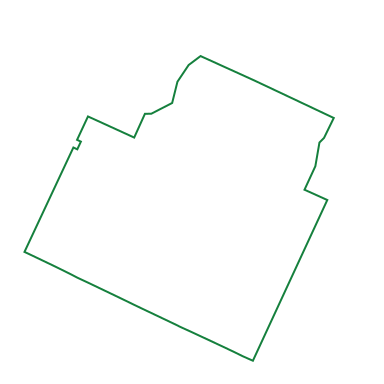 outline of Claiborne, Louisiana, United States of America, rotated 205°
{"feature_id": "52423323B9246238437830", "entity_name": "Claiborne", "entity_type": "district", "adm_level": 2, "iso_a3": "USA", "parent_name": "United States of America", "parent_adm1": "Louisiana", "projection": "robinson", "projection_center": [-92.955, 32.801], "detail": "fine", "context": "isolated", "style": "outline", "palette": "green", "viewbox_px": 384, "rotation_deg": 205, "n_neighbors": 0, "source": "geoboundaries", "source_scale": "gbopen_adm2", "svg_char_len": 651}
<svg xmlns="http://www.w3.org/2000/svg" viewBox="0 0 384 384"><g transform="rotate(205 192 192)"><path d="M188.5,65.2L148.2,64.9L147.0,64.8L142.9,64.8L133.3,64.9L133.0,64.9L124.0,64.9L107.0,64.9L85.8,64.8L76.8,64.6L65.5,64.8L66.0,241.9L91.0,241.6L91.1,267.5L97.4,290.7L95.2,296.8L94.8,319.0L181.6,319.4L213.2,319.1L241.7,318.8L248.7,305.7L251.8,285.8L247.6,264.3L255.9,253.6L262.0,245.7L267.7,243.0L267.4,216.9L318.2,216.5L318.2,190.7L314.0,190.7L314.0,182.2L318.3,182.2L318.5,66.9L318.4,66.9L314.3,66.9L283.1,66.6L266.3,66.2L259.7,65.9L254.8,65.9L248.2,65.9L209.3,65.5L197.2,65.3L188.5,65.2Z" fill="none" stroke="#15803d" stroke-width="2"/></g></svg>